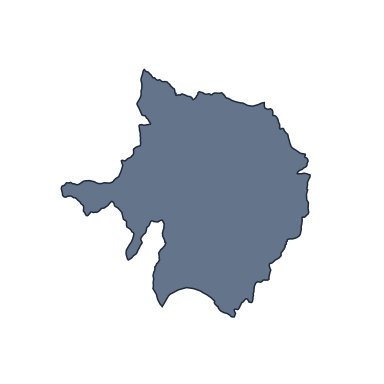 Solok Selatan, Sumatera Barat, Indonesia, rotated 245°
{"feature_id": "22746128B25846553351835", "entity_name": "Solok Selatan", "entity_type": "district", "adm_level": 2, "iso_a3": "IDN", "parent_name": "Indonesia", "parent_adm1": "Sumatera Barat", "projection": "albers", "projection_center": [101.284, -1.364], "detail": "fine", "context": "isolated", "style": "filled", "palette": "slate", "viewbox_px": 384, "rotation_deg": 245, "n_neighbors": 0, "source": "geoboundaries", "source_scale": "gbopen_adm2", "svg_char_len": 6034}
<svg xmlns="http://www.w3.org/2000/svg" viewBox="0 0 384 384"><g transform="rotate(245 192 192)"><path d="M157.3,105.5L157.6,109.1L159.0,112.0L159.4,114.8L160.0,116.1L162.6,118.9L163.7,120.7L165.5,122.6L166.5,124.7L167.2,125.3L168.0,125.5L170.5,125.4L171.5,125.9L173.3,128.6L174.3,131.2L174.5,132.4L175.3,133.4L179.0,136.1L179.5,138.5L182.8,142.3L182.9,143.4L182.4,144.1L181.4,144.8L179.2,148.5L179.6,151.0L179.4,152.2L179.0,153.0L177.3,153.4L177.0,153.2L175.0,153.4L170.5,150.8L169.5,149.6L168.2,148.8L167.2,147.7L165.9,147.5L164.8,146.8L159.8,146.8L157.9,146.2L157.0,146.8L155.0,144.8L153.6,141.8L152.9,139.2L150.9,136.2L150.4,135.8L149.5,135.7L146.9,134.9L146.1,134.3L144.3,134.0L142.3,131.1L142.0,129.7L140.1,127.7L139.9,126.7L137.6,125.7L136.6,125.0L135.4,123.4L132.6,121.3L129.5,120.6L126.0,118.3L124.7,118.0L122.1,116.7L121.1,115.8L114.5,116.5L109.3,115.5L105.9,115.6L104.1,115.7L100.7,116.6L107.4,126.2L108.1,127.4L108.7,129.6L108.7,132.3L109.1,138.3L107.7,146.6L104.7,151.3L103.1,153.4L98.7,157.9L96.7,159.0L92.4,162.2L87.7,164.9L85.0,165.8L83.5,166.5L82.4,165.5L80.9,165.4L77.7,166.6L77.1,167.2L76.7,167.0L75.1,166.9L72.6,167.5L71.8,167.9L69.0,170.1L66.8,172.8L65.7,173.3L64.8,174.1L62.4,174.9L61.9,175.5L60.9,177.5L62.4,179.0L63.7,180.2L66.6,180.1L67.5,180.6L67.7,181.1L67.5,181.9L66.3,183.4L66.2,184.4L67.1,186.0L68.4,187.4L70.7,190.4L70.8,191.8L72.3,195.0L72.3,196.0L71.9,196.6L70.9,197.0L68.1,197.2L66.8,199.0L66.8,199.7L67.3,200.5L68.8,201.7L70.9,202.8L72.2,203.9L74.5,204.8L75.0,205.6L80.0,208.5L82.6,211.3L82.9,212.8L82.7,214.0L81.2,216.2L81.5,218.2L82.0,219.0L81.9,219.7L80.1,223.5L80.4,224.9L83.0,226.1L83.6,226.8L84.9,227.6L87.9,230.3L88.6,230.5L90.3,230.4L92.7,230.9L93.8,231.6L94.4,232.3L93.9,233.9L93.9,234.7L94.5,237.0L95.1,238.2L95.4,242.7L96.3,245.1L96.6,245.7L97.3,246.2L98.3,246.4L98.9,246.9L99.8,248.2L100.1,249.2L101.0,250.3L101.3,251.3L102.5,252.7L103.1,253.4L104.0,253.6L104.5,254.0L104.7,255.1L105.2,255.6L106.8,256.3L107.2,257.5L108.5,258.3L108.6,258.8L108.2,260.7L107.0,263.3L106.5,266.0L106.4,267.9L106.7,269.3L106.9,270.3L107.5,271.6L108.2,272.4L111.3,274.8L112.4,275.5L114.2,276.1L117.2,278.4L119.6,279.8L122.1,280.8L122.5,281.1L122.6,281.6L121.7,282.9L121.6,283.5L123.1,288.0L124.2,289.2L127.7,290.1L133.2,293.0L136.5,292.7L141.6,294.8L145.2,297.8L146.2,297.4L149.8,299.8L151.9,300.7L154.2,303.2L155.7,305.3L157.5,306.2L158.0,306.0L158.7,304.8L159.6,304.3L161.8,301.4L162.2,299.0L163.9,295.3L164.6,295.3L165.3,296.2L166.0,298.2L166.1,300.0L165.9,301.2L166.6,303.4L166.6,304.7L166.8,306.2L167.5,307.3L169.6,308.7L170.7,310.1L171.7,310.5L172.8,310.6L173.9,310.5L176.1,308.9L177.1,309.5L177.3,310.1L178.2,310.6L178.5,310.6L180.8,307.2L181.9,306.2L187.2,303.1L188.0,302.4L190.0,301.4L191.3,301.1L195.5,301.4L197.6,302.0L198.9,302.0L203.7,303.1L205.4,302.4L208.2,301.6L210.6,301.7L211.2,301.3L211.5,300.7L211.6,298.8L212.5,298.3L213.1,298.5L213.5,299.0L213.8,298.9L216.2,300.0L218.4,299.9L221.5,300.6L223.8,300.4L225.7,299.7L226.5,299.0L226.8,298.0L227.4,297.6L230.5,299.2L232.8,299.3L234.3,298.3L234.8,295.6L237.4,293.5L238.5,293.7L240.6,294.4L243.1,295.6L242.5,295.1L243.2,292.8L243.2,289.1L243.9,284.3L244.3,282.9L246.9,279.0L251.2,275.6L251.9,274.2L255.0,270.1L258.3,266.7L259.9,265.7L261.8,264.2L262.2,263.3L263.0,262.7L264.1,262.4L265.9,262.3L266.3,262.2L266.7,261.7L268.2,261.5L269.0,261.1L269.5,260.6L269.7,258.9L272.1,254.5L272.3,253.2L271.8,251.1L272.2,249.9L273.0,249.8L273.8,249.0L274.7,245.8L275.8,244.6L277.3,243.9L279.7,241.0L279.7,240.0L279.5,239.5L277.9,238.4L277.3,237.5L277.1,236.7L276.1,235.7L275.3,233.5L275.2,232.0L276.0,231.6L277.6,231.7L278.0,231.6L279.6,230.1L280.8,228.3L282.2,227.3L285.1,224.5L285.2,223.3L284.8,222.7L284.8,222.1L285.4,221.5L285.8,220.6L286.1,218.7L286.7,218.3L287.4,218.4L287.6,218.9L288.2,219.1L288.6,219.0L289.1,218.5L289.4,218.4L290.8,219.2L292.9,219.5L293.6,219.2L294.0,218.7L296.8,217.7L297.3,217.2L298.8,217.4L300.3,216.5L302.1,216.1L303.6,214.2L303.8,213.1L304.1,212.8L304.6,211.8L305.1,211.2L306.7,210.6L307.5,209.9L307.8,208.0L308.6,207.4L309.1,207.0L311.3,206.4L312.0,204.9L312.4,204.7L315.7,204.3L317.2,203.5L318.9,203.2L321.0,201.0L323.1,200.7L323.1,200.0L322.5,199.1L319.1,196.4L316.2,193.7L314.4,192.9L311.2,192.3L307.1,190.3L305.5,188.8L301.9,187.1L299.9,185.6L298.2,183.5L295.8,179.9L295.1,179.3L294.1,179.2L290.2,179.4L283.0,179.2L282.4,179.6L280.7,181.9L278.4,182.0L277.5,182.5L276.3,182.9L274.5,182.9L272.7,183.3L271.5,183.4L271.1,183.0L271.2,182.6L272.3,178.2L272.9,176.4L274.3,174.9L274.8,173.6L274.9,172.7L274.6,172.1L273.8,171.7L271.5,171.2L270.6,170.6L267.6,170.1L266.4,169.7L265.2,168.9L262.8,168.3L260.8,167.1L257.9,166.1L256.0,164.9L255.9,164.5L256.3,160.1L255.7,157.5L255.2,156.9L251.8,155.5L250.9,154.6L249.4,151.3L249.4,147.8L248.5,145.0L248.5,144.3L250.3,142.1L250.3,141.5L250.1,141.1L245.2,140.4L240.1,135.8L237.2,132.4L236.7,131.3L236.4,128.5L235.6,126.3L234.9,125.2L234.7,124.2L234.7,122.2L235.0,120.8L237.5,116.3L237.8,114.0L238.5,112.0L239.3,110.7L240.7,109.2L242.5,107.9L245.5,104.2L247.1,100.5L247.6,98.0L246.8,93.2L247.1,90.8L249.4,88.5L249.9,87.3L251.9,86.2L252.4,83.8L253.3,82.4L253.3,81.8L252.0,79.3L252.2,77.9L252.2,76.7L251.5,75.8L250.0,74.8L245.7,74.1L244.2,73.5L243.5,73.4L242.0,73.8L241.2,74.5L240.6,75.9L240.8,77.0L240.5,78.2L239.6,80.4L239.2,80.9L236.8,82.3L236.3,83.5L235.4,84.2L232.5,85.2L230.4,86.3L229.1,86.3L227.7,86.7L226.2,87.5L225.5,87.6L224.1,87.5L220.6,85.5L218.5,86.1L216.5,86.0L215.1,86.5L214.8,87.1L214.8,87.9L216.1,90.9L216.6,91.6L216.6,92.1L216.4,92.6L215.2,93.7L215.0,94.1L214.6,95.7L213.9,96.8L213.8,97.9L214.1,100.1L215.3,102.9L215.2,103.7L214.6,105.5L215.3,110.0L216.6,112.6L217.5,115.1L216.8,115.9L215.4,116.4L214.0,116.4L212.2,116.0L211.3,116.4L208.6,118.2L203.4,119.8L196.6,118.4L195.4,118.8L194.2,119.8L193.1,120.0L192.0,119.8L189.8,118.7L188.0,118.2L184.2,120.4L182.8,120.7L181.4,120.7L179.9,121.7L178.4,121.6L175.1,118.9L172.6,116.3L169.8,111.8L167.3,108.3L166.3,107.4L164.1,106.2L161.9,105.7L158.6,105.2L157.3,105.5Z" fill="#64748b" stroke="#1e293b" stroke-width="1.5"/></g></svg>